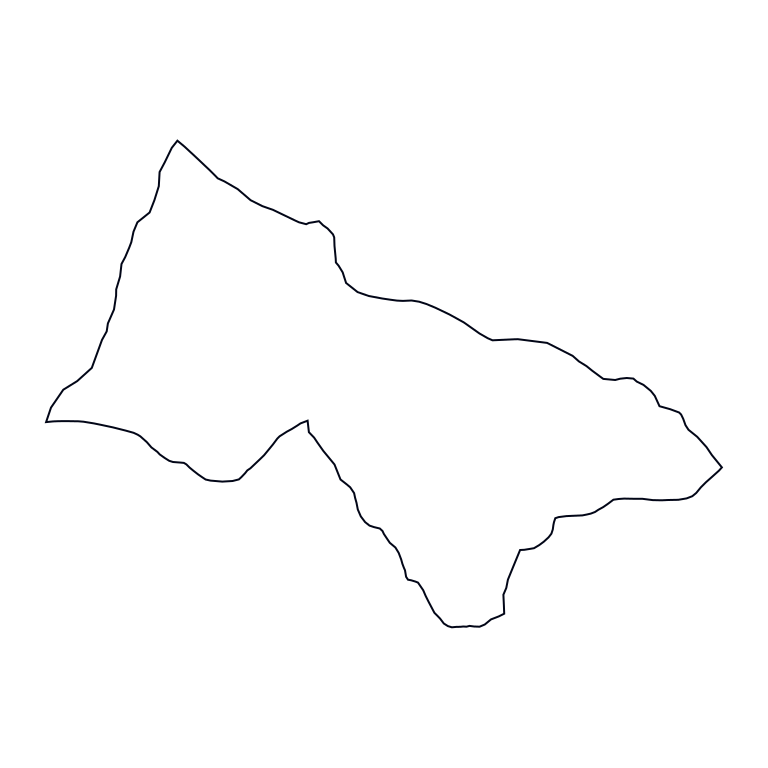 the district of Wangchang, Paro, Bhutan
{"feature_id": "84629894B96317495800587", "entity_name": "Wangchang", "entity_type": "district", "adm_level": 2, "iso_a3": "BTN", "parent_name": "Bhutan", "parent_adm1": "Paro", "projection": "mercator", "projection_center": [89.426, 27.411], "detail": "fine", "context": "isolated", "style": "outline", "palette": "ink", "viewbox_px": 768, "rotation_deg": 0, "n_neighbors": 0, "source": "geoboundaries", "source_scale": "gbopen_adm2", "svg_char_len": 3104}
<svg xmlns="http://www.w3.org/2000/svg" viewBox="0 0 768 768"><path d="M198.5,159.6L187.3,149.2L184.6,146.7L177.4,140.7L171.8,147.8L164.8,162.2L159.6,172.0L158.8,186.2L154.4,200.2L149.6,212.5L137.4,222.3L133.5,231.7L131.3,242.2L129.2,247.7L125.2,257.1L121.5,264.0L120.1,276.5L116.2,289.4L116.1,295.7L114.0,309.5L109.5,319.8L107.9,323.4L106.7,331.4L102.0,339.9L91.8,367.9L77.2,381.1L63.3,389.7L51.0,407.6L46.1,422.1L53.2,421.4L58.2,421.2L65.4,421.1L78.4,421.3L83.4,421.7L93.9,423.4L100.8,424.8L113.0,427.4L125.7,430.6L133.6,432.8L137.7,434.7L140.4,436.4L146.9,442.2L151.4,447.4L157.4,451.9L159.7,454.4L164.6,457.9L169.2,460.8L173.0,462.0L180.8,462.6L183.9,462.9L186.4,464.4L189.6,467.6L193.6,470.9L198.1,474.4L202.0,477.1L205.6,479.5L210.5,480.6L222.3,481.6L232.6,481.0L238.9,479.4L241.4,477.1L245.1,473.2L247.3,470.4L250.4,468.3L260.0,459.2L264.1,455.2L267.4,451.2L272.9,444.5L277.3,438.6L279.6,436.3L282.6,434.4L286.8,431.7L291.8,429.0L297.4,425.5L300.5,423.4L307.6,420.7L308.9,432.2L314.1,437.6L317.3,442.4L323.3,450.9L334.5,464.5L340.5,479.5L346.5,484.2L350.2,487.3L354.1,493.1L355.1,497.8L356.5,502.8L357.8,509.5L360.8,516.4L365.1,522.1L369.5,525.6L374.0,527.1L379.8,528.5L382.5,531.0L383.9,534.0L387.7,539.7L389.8,542.8L395.4,547.5L398.7,552.9L401.2,559.5L402.4,563.8L403.9,567.8L405.0,570.3L406.1,576.8L408.0,579.7L411.2,580.3L415.5,581.6L418.0,582.6L423.2,590.2L425.6,595.8L428.5,601.6L434.4,612.8L437.3,615.7L440.1,618.6L443.8,623.5L447.9,626.1L451.9,627.3L456.1,626.9L460.5,626.8L463.3,626.5L466.5,626.7L469.5,625.9L474.1,626.5L479.6,626.7L484.8,624.5L491.0,619.4L498.8,616.4L504.2,613.7L503.9,605.7L503.4,594.7L506.3,587.9L507.9,579.7L513.3,566.5L520.1,550.0L524.3,549.8L529.9,548.9L534.0,548.2L539.2,545.1L543.8,541.7L548.5,537.4L551.4,533.7L552.8,529.4L553.4,525.0L554.0,522.1L555.3,518.2L558.6,517.1L566.5,516.1L573.1,515.8L582.4,515.4L586.9,514.5L590.8,513.6L595.0,512.0L598.3,509.8L603.2,507.1L608.1,503.7L613.4,499.7L618.6,499.0L624.1,498.6L634.3,498.8L642.4,498.8L652.7,500.1L661.6,500.3L668.2,500.0L678.3,499.8L686.6,498.4L692.3,496.2L696.2,493.0L700.9,487.3L706.0,482.2L712.1,476.8L719.0,470.6L721.9,467.4L711.9,455.1L706.5,447.1L697.2,436.8L688.5,429.8L685.5,425.2L683.2,418.8L681.1,414.5L679.1,412.5L670.2,409.2L659.5,406.2L654.8,395.9L650.8,390.9L643.5,384.9L636.8,381.6L633.4,378.6L626.8,378.0L620.2,378.7L615.2,380.0L603.3,378.9L599.6,376.2L592.2,370.7L586.5,366.1L578.9,361.4L572.7,355.9L547.1,342.9L517.9,339.2L514.1,339.3L492.5,340.3L487.7,338.2L479.5,333.5L470.9,327.4L463.8,322.4L449.5,314.5L435.3,307.7L426.4,304.0L419.1,301.7L411.6,300.5L402.9,300.9L397.0,300.6L390.3,299.7L382.2,298.5L368.8,296.0L365.9,295.0L357.6,292.1L346.1,283.0L343.8,275.9L342.7,272.4L338.6,265.7L335.9,262.5L335.7,258.5L334.5,246.0L334.3,240.2L334.2,237.4L333.0,234.4L327.6,228.5L323.1,225.3L319.0,221.2L312.9,222.3L309.0,222.9L306.2,224.2L299.0,222.3L295.1,220.5L284.5,215.4L272.9,209.8L269.1,208.5L265.4,207.2L262.3,206.1L250.6,200.2L240.7,191.7L237.7,189.1L224.4,181.4L217.7,178.3L215.7,176.2L211.4,171.9L209.5,170.0L204.5,165.3L198.5,159.6Z" fill="none" stroke="#020617" stroke-width="2"/></svg>